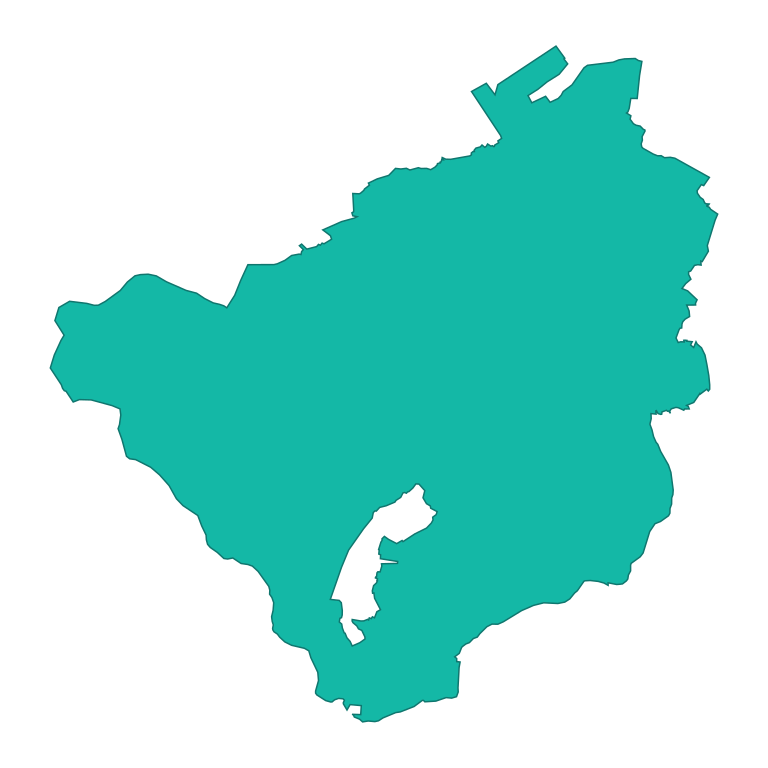 outline of Tusnad, Harghita, Romania
{"feature_id": "2599482B98397413805718", "entity_name": "Tusnad", "entity_type": "district", "adm_level": 2, "iso_a3": "ROU", "parent_name": "Romania", "parent_adm1": "Harghita", "projection": "equal_earth", "projection_center": [25.878, 46.177], "detail": "fine", "context": "isolated", "style": "filled", "palette": "teal", "viewbox_px": 768, "rotation_deg": 0, "n_neighbors": 0, "source": "geoboundaries", "source_scale": "gbopen_adm2", "svg_char_len": 6087}
<svg xmlns="http://www.w3.org/2000/svg" viewBox="0 0 768 768"><path d="M456.5,696.7L458.2,692.0L458.0,687.8L459.1,667.5L460.1,662.0L456.7,661.6L456.7,658.5L454.7,656.8L459.3,653.3L461.6,647.5L462.4,646.6L465.8,644.0L469.4,642.6L473.4,638.5L477.3,637.1L479.9,633.6L486.9,626.7L492.0,624.1L497.9,624.2L503.3,621.8L521.6,610.6L533.5,605.4L543.8,602.8L557.9,603.5L564.8,602.1L569.8,598.9L574.6,593.0L577.3,590.8L584.0,581.2L584.9,580.8L590.2,580.5L598.2,581.4L603.9,583.0L608.1,585.3L608.1,582.8L616.7,584.5L620.1,584.2L622.5,583.9L626.4,580.9L627.8,579.0L628.4,575.0L630.6,570.9L630.6,565.2L631.1,563.4L640.2,556.8L643.1,553.0L649.7,531.6L655.0,523.7L660.5,521.5L668.5,515.8L669.9,513.2L670.0,508.5L671.6,504.1L671.7,497.9L672.9,494.6L673.2,490.0L670.9,472.4L668.4,465.0L660.7,451.5L657.8,444.3L656.1,442.3L653.6,436.7L652.0,429.9L649.9,424.2L651.2,418.7L651.0,413.6L656.1,414.1L655.8,410.9L656.3,410.6L658.1,413.6L660.8,414.4L661.7,414.2L662.0,411.9L666.5,410.3L667.4,411.2L668.7,411.1L670.4,413.3L669.7,411.1L671.3,408.8L675.9,407.4L678.2,407.7L683.8,410.2L684.5,409.0L689.2,408.9L688.3,406.5L686.6,405.4L693.8,402.4L699.8,393.6L700.1,394.2L706.8,389.2L708.3,391.0L709.7,389.3L709.7,384.8L708.8,375.6L706.9,364.6L705.0,355.1L701.5,347.8L697.2,344.1L696.0,341.8L693.7,347.5L690.6,345.0L692.2,341.7L686.7,341.2L686.9,340.4L684.9,340.2L683.8,340.3L684.2,341.9L680.7,341.8L678.2,342.5L676.0,338.0L679.1,329.6L680.1,328.2L681.7,328.0L682.0,323.9L682.8,321.7L685.2,319.1L689.6,316.5L689.1,311.0L686.7,305.1L695.6,305.0L695.5,303.2L697.1,299.8L687.7,290.9L682.0,288.5L685.7,283.6L690.9,279.2L688.6,274.5L688.6,271.8L690.7,271.0L694.5,265.4L697.8,264.7L701.1,265.1L700.8,261.1L702.2,261.6L708.4,251.2L707.3,245.6L715.1,220.2L717.7,214.1L710.6,209.3L709.3,207.3L706.9,206.2L706.9,205.5L708.6,205.0L709.2,204.0L706.1,203.8L704.7,202.9L703.2,199.5L700.2,197.3L697.4,193.2L697.1,190.7L701.3,184.6L703.7,185.6L709.4,177.4L674.9,158.2L670.3,157.3L664.5,157.7L661.2,155.7L657.6,155.8L653.3,154.1L643.0,148.3L641.7,146.8L641.2,143.8L642.4,140.2L642.1,136.7L645.0,131.1L644.9,130.0L643.3,129.3L640.2,126.1L636.0,125.2L633.4,123.7L630.1,119.2L630.9,115.8L626.5,113.0L627.9,111.9L629.2,108.4L630.8,98.4L637.2,98.5L639.6,75.3L641.9,61.4L638.3,60.5L635.2,58.5L624.5,58.9L618.9,59.9L613.1,62.2L587.5,65.3L584.0,67.8L572.0,84.9L563.2,91.5L561.2,95.3L558.2,98.5L550.1,102.3L545.6,96.3L531.8,102.8L528.0,95.6L537.9,89.3L547.2,81.8L559.1,74.3L567.7,63.9L563.9,58.9L564.8,58.2L564.5,57.8L556.0,46.1L497.9,84.6L495.0,94.8L486.3,83.3L471.5,91.5L500.6,135.5L501.6,138.4L497.9,140.9L498.7,142.7L494.7,145.1L494.3,146.5L493.6,146.6L492.5,145.7L490.8,146.1L487.6,144.0L486.2,146.4L484.8,147.3L482.0,145.0L480.3,146.9L475.9,148.1L474.1,150.3L474.4,151.5L473.0,151.6L471.3,153.0L471.4,154.8L469.9,155.9L450.8,159.3L445.8,159.2L442.2,157.5L442.0,158.3L443.2,159.8L441.7,159.7L441.1,161.8L440.1,162.1L440.2,162.9L437.5,163.6L437.1,165.0L434.9,167.2L430.7,169.7L426.7,168.4L421.0,168.5L418.4,167.7L409.9,170.0L406.4,168.3L400.9,169.0L395.5,168.4L388.7,175.4L377.2,178.9L368.4,183.1L369.4,185.2L364.5,189.0L363.8,190.4L360.4,193.3L359.1,193.8L352.8,193.5L353.7,210.2L353.6,211.8L351.9,212.8L352.8,215.8L357.1,216.7L354.4,218.1L341.6,221.6L322.8,229.9L330.4,235.7L331.6,239.2L324.0,243.8L322.1,243.1L320.4,245.2L318.5,244.4L316.6,246.6L306.8,249.1L301.6,244.1L299.4,245.7L303.3,249.6L301.6,251.6L301.0,254.5L299.1,254.1L291.6,255.5L285.0,260.3L277.3,263.8L274.0,264.6L247.9,264.7L240.7,280.4L234.7,295.3L226.8,307.8L223.8,305.8L219.4,304.3L213.2,302.9L204.7,298.6L196.6,293.2L186.1,290.4L166.5,281.8L156.3,275.9L148.2,274.2L140.5,274.6L135.0,275.8L127.4,282.0L120.3,290.5L105.2,301.5L98.3,305.2L94.1,305.3L86.8,303.4L69.6,301.3L58.9,307.5L54.9,320.6L64.1,335.2L61.0,340.4L54.3,355.0L50.3,368.0L61.3,384.7L62.6,388.4L64.3,390.7L66.1,391.3L73.2,402.0L79.4,399.6L91.1,399.9L112.1,405.6L120.0,408.9L120.8,415.1L119.5,424.6L118.1,428.7L121.9,439.3L126.5,456.3L129.7,458.8L135.6,459.6L150.6,467.2L159.6,474.9L169.1,485.6L176.4,498.7L183.0,505.6L197.8,515.5L201.7,525.9L206.1,535.1L206.4,539.9L207.6,544.4L210.3,547.5L217.3,552.4L223.9,558.5L227.6,559.0L232.8,558.0L241.1,563.5L247.9,564.5L252.4,566.1L258.1,571.4L268.8,586.4L269.8,590.2L269.6,594.2L271.9,597.5L273.7,602.7L273.1,610.4L271.6,616.7L272.2,621.4L273.3,624.9L272.6,628.5L272.9,630.0L274.0,631.8L277.4,634.1L279.7,637.2L284.8,641.9L291.6,645.3L304.4,648.3L308.8,650.8L310.9,657.8L317.8,672.3L318.5,680.6L315.6,691.0L315.6,693.1L316.8,694.9L325.7,700.6L330.7,702.0L332.1,701.9L334.6,699.8L338.6,698.4L343.0,698.8L344.4,700.2L343.3,702.7L343.4,703.9L347.0,710.0L350.1,704.6L361.3,705.6L360.7,714.6L352.1,714.3L353.5,715.0L354.3,717.0L359.6,719.2L362.6,721.9L368.2,721.0L374.9,721.6L378.5,720.8L383.0,717.9L395.7,712.6L400.3,711.9L414.1,706.5L422.3,700.4L423.5,700.4L424.8,701.8L435.9,701.1L446.1,697.6L451.7,698.1L456.5,696.7ZM415.9,483.9L419.0,484.1L424.8,490.6L423.0,497.8L426.5,503.7L430.3,505.9L430.7,508.2L437.1,511.6L436.2,514.6L432.7,517.2L433.0,520.0L431.3,523.1L426.5,528.1L415.0,533.8L403.0,541.6L402.1,540.5L396.7,543.6L388.6,539.4L384.4,536.4L382.0,538.8L382.1,540.3L380.9,542.2L378.6,549.6L379.2,549.9L378.8,554.1L380.6,554.8L380.4,558.7L397.7,561.5L397.5,563.4L381.5,563.8L381.8,566.1L380.1,571.9L377.8,571.8L377.0,572.8L376.5,576.9L375.7,577.0L375.4,577.9L377.5,578.9L376.9,580.7L377.4,580.9L376.4,583.0L373.6,585.6L372.3,590.8L372.6,593.2L373.9,593.0L374.6,598.3L380.5,609.7L376.9,611.7L374.5,617.8L372.4,616.8L371.3,618.6L369.3,617.9L368.6,619.9L367.8,619.3L363.8,620.9L360.9,621.0L352.2,619.5L352.1,621.0L353.0,622.7L356.8,625.9L358.5,628.9L361.8,630.4L364.9,636.9L365.0,639.0L359.8,642.7L352.2,646.0L350.1,641.4L346.9,637.7L345.1,633.2L344.2,632.9L342.4,628.1L341.7,624.0L339.3,622.0L339.9,618.3L341.5,617.7L342.2,615.0L342.3,610.5L341.3,602.7L339.2,600.4L330.3,599.4L341.5,567.3L348.6,550.1L363.6,528.7L372.2,518.1L373.3,512.5L375.0,510.9L376.3,511.1L379.7,507.4L386.1,505.8L394.9,502.1L396.1,500.3L400.7,497.4L403.0,492.9L404.5,492.5L406.4,493.2L407.6,491.9L408.9,491.6L412.8,488.1L415.9,483.9Z" fill="#14b8a6" stroke="#0f766e" stroke-width="1.5"/></svg>